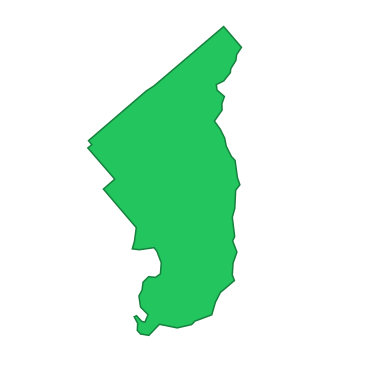 the district of Monroe, Alabama, United States of America, rotated 320°
{"feature_id": "52423323B79437263897554", "entity_name": "Monroe", "entity_type": "district", "adm_level": 2, "iso_a3": "USA", "parent_name": "United States of America", "parent_adm1": "Alabama", "projection": "robinson", "projection_center": [-87.413, 31.53], "detail": "fine", "context": "isolated", "style": "filled", "palette": "green", "viewbox_px": 384, "rotation_deg": 320, "n_neighbors": 0, "source": "geoboundaries", "source_scale": "gbopen_adm2", "svg_char_len": 966}
<svg xmlns="http://www.w3.org/2000/svg" viewBox="0 0 384 384"><g transform="rotate(320 192 192)"><path d="M111.3,292.8L128.2,298.8L139.0,291.5L149.1,287.2L167.6,287.1L169.5,281.5L177.8,272.8L187.8,266.9L191.7,255.6L196.0,253.6L206.6,237.3L214.2,232.1L226.4,218.9L227.9,218.4L233.3,217.3L236.0,210.2L245.3,195.5L245.0,190.1L247.6,179.1L251.7,171.6L254.0,162.0L254.7,152.1L267.7,148.6L271.6,143.6L278.2,139.7L276.7,130.0L279.7,125.3L287.7,127.3L298.1,125.2L300.9,122.5L310.2,119.4L314.6,115.4L322.9,113.0L322.6,85.6L231.1,86.3L222.0,85.2L145.7,86.1L145.7,91.4L140.5,91.3L141.1,132.5L126.0,132.8L126.4,183.5L116.3,192.7L109.7,197.2L114.6,202.4L127.2,210.3L127.0,214.9L123.0,226.4L115.2,234.4L109.3,234.0L104.3,229.0L96.6,229.6L90.6,235.1L84.5,237.5L78.6,247.1L79.5,257.7L72.4,261.4L70.3,258.8L70.0,251.1L67.5,250.4L66.0,257.6L61.1,262.9L61.3,267.7L66.8,274.1L82.0,272.4L93.3,286.6L106.5,293.3L111.3,292.8Z" fill="#22c55e" stroke="#15803d" stroke-width="1.5"/></g></svg>